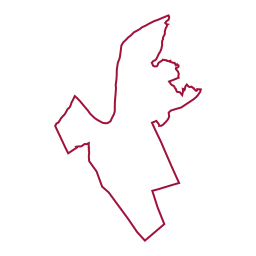 Oru West, Imo, Nigeria
{"feature_id": "59680162B53120698145103", "entity_name": "Oru West", "entity_type": "district", "adm_level": 2, "iso_a3": "NGA", "parent_name": "Nigeria", "parent_adm1": "Imo", "projection": "natural_earth1", "projection_center": [6.913, 5.74], "detail": "fine", "context": "isolated", "style": "outline", "palette": "rose", "viewbox_px": 256, "rotation_deg": 0, "n_neighbors": 0, "source": "geoboundaries", "source_scale": "gbopen_adm2", "svg_char_len": 3739}
<svg xmlns="http://www.w3.org/2000/svg" viewBox="0 0 256 256"><path d="M168.4,15.4L165.0,16.8L161.6,18.2L157.8,19.9L154.4,21.0L149.2,23.6L145.9,25.5L145.7,25.6L145.1,25.9L142.0,27.3L139.8,29.1L137.3,30.5L136.8,30.8L133.9,32.3L131.1,35.2L128.0,37.6L126.4,39.4L123.7,41.9L123.3,42.3L123.0,42.7L121.4,45.5L121.0,48.7L120.4,53.4L119.7,58.0L119.1,59.5L117.8,63.0L117.2,67.1L117.0,68.3L116.8,69.5L116.7,75.9L116.4,79.9L115.7,84.9L116.0,88.1L115.6,93.5L115.3,97.1L114.9,102.1L114.8,106.1L114.8,110.7L114.1,113.9L112.2,117.5L110.8,120.6L110.3,121.4L107.5,123.1L107.2,123.2L104.8,123.2L102.6,122.8L100.1,121.4L98.0,120.3L95.6,118.7L95.2,118.5L93.2,116.7L92.8,116.3L90.9,114.5L89.4,112.7L87.9,110.5L85.4,107.6L84.8,106.9L82.4,104.0L79.7,100.8L78.0,99.1L77.2,98.2L74.8,96.1L73.2,99.4L72.6,100.7L71.8,101.9L71.3,103.3L70.8,104.8L70.4,105.8L69.9,106.9L69.7,107.3L69.2,107.8L68.6,108.3L68.0,108.7L67.5,109.3L66.8,110.6L65.1,113.7L64.3,114.7L63.5,115.6L62.7,116.2L61.9,117.4L61.0,118.2L60.3,119.6L59.3,121.1L58.8,121.9L58.5,122.4L58.0,122.8L57.7,122.8L57.5,123.0L56.9,123.3L56.3,123.7L56.0,124.4L55.4,125.6L55.2,126.0L65.3,147.5L68.2,153.3L76.8,147.6L76.2,146.8L78.8,146.3L79.8,146.5L80.8,146.4L81.9,146.0L84.0,144.4L84.7,144.0L86.5,144.2L88.8,143.1L88.6,145.3L88.9,146.1L88.6,147.2L89.1,148.2L88.7,149.6L89.0,150.8L89.2,152.2L88.8,156.5L89.2,161.2L96.6,171.5L102.1,186.6L108.6,192.3L128.3,219.1L137.0,231.9L144.9,240.6L164.3,224.1L157.6,207.4L152.3,190.8L158.7,189.1L171.1,185.3L179.1,183.0L175.5,175.1L171.4,166.0L164.2,149.4L161.0,141.9L155.7,130.9L152.8,124.6L152.0,122.7L156.4,120.9L157.0,121.7L157.5,122.6L158.2,123.2L159.2,125.1L159.2,125.9L159.7,125.8L160.6,125.8L161.5,125.7L162.2,125.2L163.2,124.6L163.6,124.1L164.9,122.8L166.3,121.4L168.1,119.1L168.8,117.6L169.2,116.3L168.8,113.8L168.7,112.6L170.8,110.6L175.8,109.0L181.2,107.5L193.7,99.2L195.0,98.1L196.4,96.9L197.2,96.0L198.2,94.7L199.8,92.4L200.3,91.6L200.4,91.1L200.7,89.9L200.8,89.4L200.2,89.3L199.3,89.3L197.2,89.2L197.2,89.6L197.1,90.1L197.0,90.4L196.6,90.7L196.3,90.8L195.8,90.7L195.5,90.5L195.2,90.1L194.9,89.7L194.5,89.3L194.1,89.0L194.0,88.6L193.8,88.3L193.6,88.1L193.0,87.9L192.7,87.6L192.4,87.2L192.1,87.1L191.7,86.9L191.4,86.7L191.2,86.9L190.4,86.9L189.5,87.0L188.9,86.7L188.2,86.1L187.6,85.5L187.3,85.0L187.1,84.7L186.8,84.5L186.5,85.0L186.2,85.6L185.9,85.8L185.5,86.3L185.3,86.8L185.2,87.3L185.1,87.9L184.9,88.5L184.8,89.1L184.8,89.7L184.6,90.0L184.4,90.2L184.2,89.8L183.9,89.4L183.2,88.9L182.8,88.8L182.9,89.9L183.0,90.8L182.9,91.9L182.7,92.8L182.5,93.8L182.2,95.1L181.1,93.8L180.2,92.5L179.3,92.1L177.2,91.9L176.5,90.9L176.1,90.0L175.8,88.9L174.9,88.0L174.3,86.6L173.6,85.7L172.5,85.5L171.1,84.4L170.4,83.3L169.1,81.5L173.1,80.0L178.7,77.7L178.3,76.1L178.6,75.0L178.8,73.9L178.1,71.8L177.1,70.5L176.3,69.6L175.8,68.7L175.9,68.1L176.4,67.6L177.2,67.6L177.9,67.3L178.6,66.5L178.4,65.3L177.4,64.9L177.0,64.3L176.6,64.7L175.8,65.2L175.4,64.6L175.0,63.5L174.5,62.8L173.7,62.9L172.4,62.6L171.9,62.3L170.3,61.9L170.3,61.1L170.3,60.8L169.6,61.0L168.5,61.2L167.6,61.1L166.9,60.8L166.7,60.6L166.5,60.2L165.8,60.3L165.1,60.1L164.2,59.9L163.8,60.0L163.5,59.9L162.9,59.7L162.6,60.1L160.9,61.4L159.6,62.1L158.7,62.8L158.0,63.9L157.6,65.2L156.9,66.2L156.0,66.4L154.6,66.4L153.8,66.1L153.3,65.9L153.0,65.3L151.8,62.8L153.3,61.0L155.1,60.2L156.0,59.5L157.1,57.6L157.6,56.4L158.9,53.7L160.2,51.7L161.2,49.4L162.2,45.1L162.0,43.4L162.2,42.6L162.1,41.9L162.1,41.2L163.0,39.3L162.9,38.3L163.1,37.9L163.4,36.6L164.0,35.6L164.6,34.6L164.8,33.9L164.8,31.8L165.1,30.3L165.5,28.9L166.0,27.8L166.7,26.6L167.1,25.0L167.7,24.5L167.2,24.4L166.3,24.0L165.7,23.4L165.2,22.9L165.6,22.4L166.5,21.2L167.7,20.3L168.4,19.9L169.1,18.0L169.1,16.4L168.4,15.4Z" fill="none" stroke="#9f1239" stroke-width="2"/></svg>